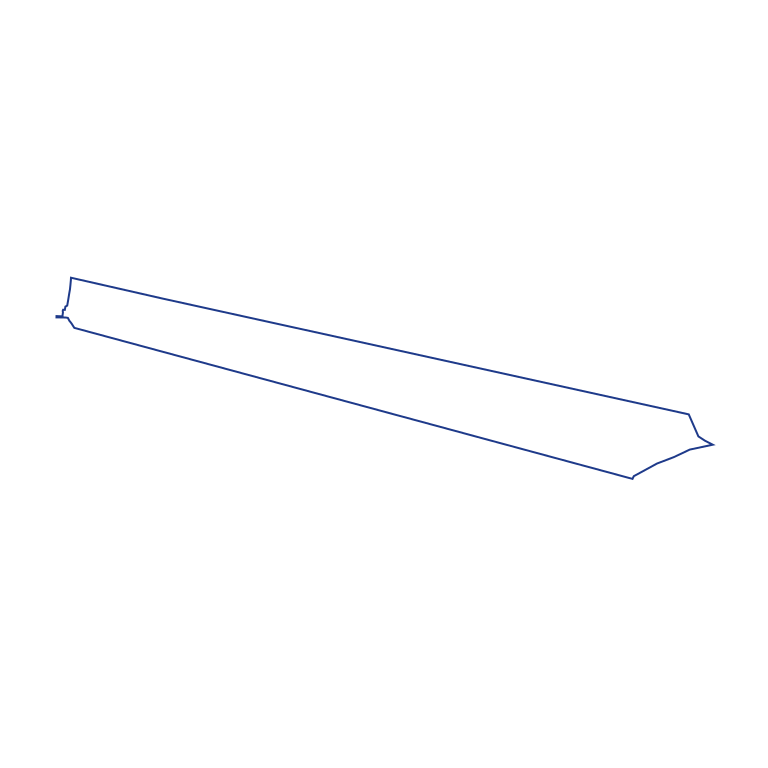 Ngercheluuk, Ngiwal, Palau, rotated 190°
{"feature_id": "81905179B58840706611886", "entity_name": "Ngercheluuk", "entity_type": "district", "adm_level": 2, "iso_a3": "PLW", "parent_name": "Palau", "parent_adm1": "Ngiwal", "projection": "mercator", "projection_center": [134.626, 7.558], "detail": "fine", "context": "isolated", "style": "outline", "palette": "blue", "viewbox_px": 768, "rotation_deg": 190, "n_neighbors": 0, "source": "geoboundaries", "source_scale": "gbopen_adm2", "svg_char_len": 591}
<svg xmlns="http://www.w3.org/2000/svg" viewBox="0 0 768 768"><g transform="rotate(190 384 384)"><path d="M49.7,381.3L58.1,383.9L65.3,387.0L78.6,407.0L617.2,429.7L710.7,434.3L710.4,431.8L710.0,427.0L709.7,422.7L709.7,417.8L709.6,411.7L709.6,406.2L711.2,404.9L711.2,401.6L712.9,401.4L713.1,400.2L712.6,398.7L712.5,395.9L712.3,394.8L718.3,394.0L718.1,392.7L711.1,393.9L710.1,394.0L708.7,394.2L706.8,394.2L704.8,391.6L703.6,390.6L702.1,389.2L700.1,387.0L698.7,385.5L122.8,333.7L122.0,336.6L101.3,353.1L85.9,362.3L71.5,372.5L49.7,381.3Z" fill="none" stroke="#1e3a8a" stroke-width="2"/></g></svg>